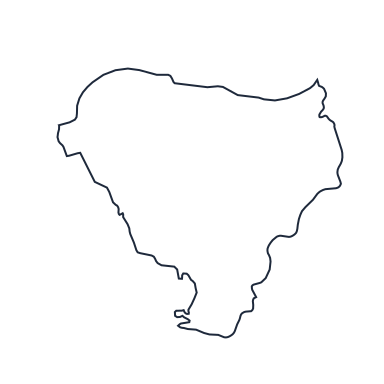 SVG path tracing the border of Kangwŏn-do, rotated 192°
{"feature_id": "PRK-3308", "entity_name": "Kangwŏn-do", "entity_type": "Province", "adm_level": 1, "iso_a3": "PRK", "parent_name": "North Korea", "parent_adm1": "", "projection": "mercator", "projection_center": [127.289, 38.794], "detail": "fine", "context": "isolated", "style": "outline", "palette": "slate", "viewbox_px": 384, "rotation_deg": 192, "n_neighbors": 0, "source": "natural_earth", "source_scale": "10m", "svg_char_len": 3090}
<svg xmlns="http://www.w3.org/2000/svg" viewBox="0 0 384 384"><g transform="rotate(192 192 192)"><path d="M335.9,229.7L326.2,234.7L321.6,238.4L320.5,241.2L320.9,245.0L322.3,252.5L321.6,260.2L319.4,266.9L316.1,273.0L312.1,278.6L303.0,288.2L292.2,295.2L280.4,299.4L268.8,300.3L250.9,299.3L239.7,301.7L237.3,301.1L235.2,298.9L233.0,295.8L231.6,294.8L198.7,297.7L188.7,300.8L183.6,301.2L167.4,296.3L146.4,298.2L140.9,297.6L129.9,298.8L118.5,303.4L107.6,310.2L98.3,318.0L97.3,319.2L95.2,321.9L92.8,327.7L91.3,325.0L90.9,324.0L90.3,323.0L89.7,322.2L86.9,321.8L85.4,321.1L84.3,320.4L81.5,316.4L81.0,313.4L81.8,310.9L82.8,308.6L83.0,307.2L82.7,306.0L81.4,304.1L81.0,303.3L80.5,301.7L80.7,300.5L81.4,299.0L82.4,297.5L83.5,294.3L83.3,292.8L82.7,291.8L81.6,291.9L80.7,292.2L79.8,292.7L78.0,294.2L77.1,294.4L75.7,294.0L73.7,292.1L72.2,291.1L70.7,290.5L69.4,290.1L68.3,289.6L67.1,288.3L66.5,287.1L66.4,285.6L65.7,284.1L54.3,264.2L53.1,261.4L52.1,257.2L51.9,253.9L52.0,252.8L52.4,250.6L53.1,248.3L53.5,247.2L53.8,245.8L54.1,244.2L53.9,241.6L53.4,240.0L52.7,238.6L49.1,233.1L48.1,231.1L48.1,230.8L48.5,229.0L49.0,228.0L49.9,226.9L50.9,226.2L52.0,225.6L62.1,222.5L64.3,221.2L66.4,219.5L67.4,218.5L69.0,216.3L72.1,209.5L77.9,200.8L80.4,196.2L80.8,194.5L81.3,192.1L81.8,187.8L81.7,182.0L81.3,177.9L81.3,175.7L81.6,173.9L82.2,172.8L82.9,171.8L83.9,170.7L84.9,169.8L86.0,169.0L87.0,168.5L88.0,168.2L96.1,167.7L97.2,167.4L98.2,166.9L99.3,166.3L100.2,165.4L103.1,161.7L104.5,158.9L105.7,155.8L106.1,153.9L106.3,152.4L106.2,151.3L106.0,150.3L105.6,149.2L104.9,147.7L104.6,147.4L103.6,146.3L101.9,143.8L100.7,140.3L99.9,132.3L102.0,123.1L105.4,118.1L106.7,117.2L112.5,114.2L113.4,113.3L113.9,112.2L113.4,110.3L112.8,108.9L107.4,102.5L109.5,100.8L109.8,99.3L109.8,97.9L108.6,94.2L108.0,90.7L108.5,88.9L109.4,87.7L114.4,86.2L115.9,85.5L117.7,83.9L118.5,82.5L118.8,81.0L118.9,78.1L119.1,76.6L120.3,71.9L121.2,64.9L121.7,63.1L122.6,61.4L123.7,60.1L125.3,58.6L126.7,57.6L128.0,57.0L129.2,56.7L130.4,56.6L136.6,57.7L145.3,56.3L150.9,56.6L159.4,58.2L167.6,57.1L171.8,57.3L173.2,57.1L174.3,57.1L175.5,57.2L177.8,58.3L176.6,60.0L175.6,61.0L167.6,64.1L167.6,65.7L169.6,66.7L173.7,67.8L175.6,68.9L177.7,67.3L180.5,66.5L182.8,67.4L183.8,71.0L182.7,72.6L177.3,73.8L175.6,74.7L174.7,73.4L173.8,72.5L172.7,71.9L171.5,71.7L169.9,72.2L170.0,73.4L170.8,74.9L171.0,76.2L169.0,82.1L167.6,88.3L166.5,94.6L168.4,98.6L170.2,103.1L172.7,105.0L174.7,105.9L178.3,109.9L180.2,111.0L183.6,110.5L184.3,108.5L183.9,106.3L183.8,105.0L186.9,104.6L190.4,113.1L193.8,115.3L206.6,114.0L210.8,115.3L212.8,117.0L214.2,119.0L215.9,120.8L218.3,121.5L230.0,121.4L232.6,121.7L234.3,123.5L238.3,130.4L243.6,138.0L244.7,140.2L245.8,143.4L248.3,147.1L254.1,153.1L254.7,155.9L255.4,156.8L257.0,155.4L258.1,154.6L259.0,155.3L259.7,156.7L260.2,160.1L261.1,161.8L262.4,163.1L264.0,163.6L267.1,165.5L272.9,174.8L276.1,178.6L289.2,181.7L309.5,207.1L312.0,206.1L319.8,201.9L321.9,201.1L327.1,209.4L328.4,210.7L331.3,212.4L333.0,213.9L335.0,217.8L335.0,218.5L335.3,221.7L335.1,225.7L335.8,229.6L335.9,229.7Z" fill="none" stroke="#1e293b" stroke-width="2"/></g></svg>